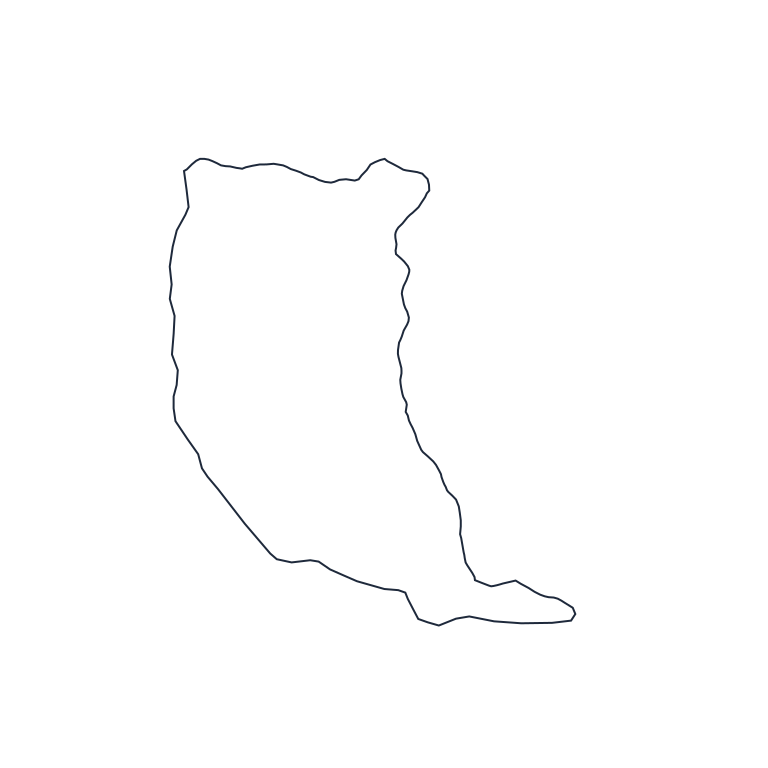 outline of Balam, Mongar, Bhutan, rotated 117°
{"feature_id": "84629894B21655800544266", "entity_name": "Balam", "entity_type": "district", "adm_level": 2, "iso_a3": "BTN", "parent_name": "Bhutan", "parent_adm1": "Mongar", "projection": "natural_earth1", "projection_center": [91.392, 27.348], "detail": "fine", "context": "isolated", "style": "outline", "palette": "slate", "viewbox_px": 768, "rotation_deg": 117, "n_neighbors": 0, "source": "geoboundaries", "source_scale": "gbopen_adm2", "svg_char_len": 2698}
<svg xmlns="http://www.w3.org/2000/svg" viewBox="0 0 768 768"><g transform="rotate(117 384 384)"><path d="M509.9,109.9L502.1,109.1L497.7,114.2L496.9,123.5L496.5,127.6L496.4,131.7L497.2,135.8L499.2,140.5L500.2,144.4L500.8,149.1L500.8,155.5L500.1,162.5L499.9,171.6L499.4,177.5L507.8,187.5L510.0,189.8L512.0,192.0L514.3,194.8L515.6,196.7L516.0,198.9L516.8,206.5L517.5,213.9L514.9,215.7L512.3,219.5L507.8,227.4L506.0,230.2L502.5,233.0L499.8,234.9L497.8,236.6L492.6,240.5L486.2,245.3L483.3,248.0L476.1,250.9L470.6,253.7L464.2,258.1L459.1,261.8L454.3,267.3L452.6,272.1L451.0,277.7L450.1,279.6L447.6,282.4L446.3,284.4L444.4,286.7L440.8,290.5L438.5,292.3L436.1,295.6L432.5,300.9L430.6,305.0L428.6,312.0L427.0,318.4L425.7,321.0L419.6,328.6L414.5,333.3L410.1,338.6L407.8,341.9L405.2,345.2L401.3,348.5L399.0,352.0L392.1,354.3L390.1,356.0L386.8,360.9L384.7,362.9L380.2,366.5L375.9,369.6L372.9,371.4L366.7,373.2L364.3,374.4L361.9,375.8L353.4,383.3L350.8,385.3L347.5,386.9L340.2,389.4L337.6,389.4L333.7,389.7L327.5,390.7L324.9,390.6L320.6,390.4L316.9,390.7L313.5,392.0L309.0,396.2L306.7,399.5L304.0,402.4L295.5,409.1L292.7,410.1L287.9,411.0L281.3,411.1L275.1,411.9L272.5,412.5L270.7,413.3L268.2,416.2L265.8,421.5L264.7,425.0L262.8,432.3L259.8,434.3L257.3,435.0L253.8,436.3L248.6,440.2L245.8,441.8L243.7,442.4L241.4,442.6L238.1,442.3L232.6,440.4L225.0,438.8L221.4,437.6L218.6,436.3L210.8,433.5L204.8,432.9L198.9,432.2L194.7,432.4L191.1,431.5L186.0,434.4L181.6,438.3L180.1,442.9L179.2,445.3L180.1,450.5L181.7,455.5L183.6,461.2L184.3,464.1L184.0,469.8L183.9,476.0L183.9,482.0L183.1,485.6L186.2,489.1L190.5,492.8L194.6,495.7L201.1,496.5L208.3,498.7L213.1,499.5L216.0,502.4L218.8,510.8L222.4,516.5L226.4,520.0L228.6,522.6L230.7,528.3L231.3,531.7L231.8,534.6L231.8,541.1L232.6,543.4L232.9,546.0L233.4,550.3L233.3,554.1L233.9,559.2L234.8,564.6L234.7,569.1L235.0,573.1L236.8,578.9L237.9,582.3L241.7,588.4L244.9,594.5L249.2,600.2L253.6,605.5L256.6,608.1L257.3,610.4L258.4,613.5L260.0,619.9L261.8,624.0L263.2,628.5L263.1,633.0L263.3,638.1L263.7,642.2L265.0,646.4L266.9,650.1L270.4,652.7L275.5,654.9L282.3,657.1L285.0,658.9L300.4,648.2L315.1,638.4L323.3,637.8L341.2,638.4L357.6,634.6L376.7,628.2L391.7,618.4L405.4,613.5L418.4,601.5L434.8,594.2L454.0,586.3L465.3,574.0L479.0,568.3L490.6,565.8L501.2,560.4L511.8,552.9L522.5,533.7L530.9,517.7L541.8,507.9L546.7,499.1L553.0,484.2L571.7,444.6L586.7,408.4L588.8,400.0L585.6,387.9L584.9,385.3L574.5,369.7L571.9,361.6L573.7,347.9L572.9,333.3L572.0,318.5L566.5,290.6L561.2,277.7L560.2,270.3L564.7,265.2L572.0,255.0L577.8,246.8L576.5,236.9L574.3,225.5L560.4,213.3L552.4,202.5L545.5,178.2L534.9,153.1L520.5,125.8L509.9,109.9Z" fill="none" stroke="#1e293b" stroke-width="2"/></g></svg>